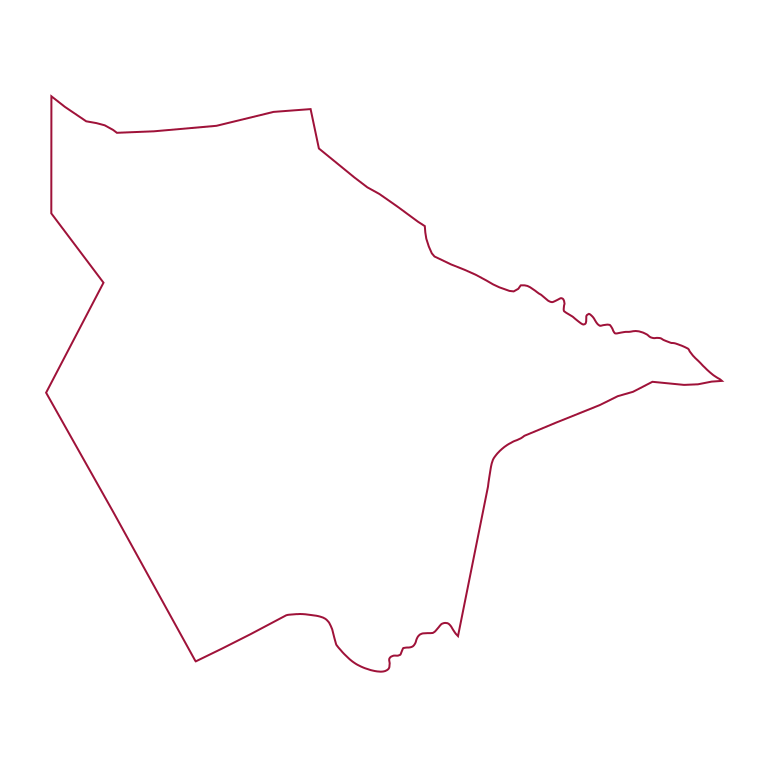 San Francisco de Coray, Valle, Honduras
{"feature_id": "27666195B95409407730953", "entity_name": "San Francisco de Coray", "entity_type": "district", "adm_level": 2, "iso_a3": "HND", "parent_name": "Honduras", "parent_adm1": "Valle", "projection": "natural_earth1", "projection_center": [-87.504, 13.668], "detail": "fine", "context": "isolated", "style": "outline", "palette": "rose", "viewbox_px": 768, "rotation_deg": 0, "n_neighbors": 0, "source": "geoboundaries", "source_scale": "gbopen_adm2", "svg_char_len": 6094}
<svg xmlns="http://www.w3.org/2000/svg" viewBox="0 0 768 768"><path d="M51.4,96.3L51.3,213.4L103.5,282.7L46.1,392.7L113.7,512.8L195.5,661.2L195.1,661.7L222.0,648.6L250.5,634.2L286.2,615.3L287.7,614.9L288.4,614.8L289.3,614.7L293.1,614.4L296.8,614.1L298.2,614.1L299.9,614.0L302.8,614.1L304.1,614.2L305.4,614.3L310.9,615.0L314.5,615.5L316.1,615.7L318.1,616.1L320.1,616.6L321.6,617.1L323.1,617.6L324.0,618.1L324.8,618.5L325.3,618.8L326.1,619.4L326.9,620.1L327.8,621.1L328.7,622.1L329.3,623.0L329.8,624.0L330.8,626.0L331.6,627.9L331.9,628.6L332.2,629.3L332.7,631.3L334.1,636.9L334.6,638.8L335.3,641.3L336.1,644.2L336.5,645.0L336.7,645.4L337.1,645.8L338.4,647.5L339.1,648.3L340.7,650.1L342.3,652.0L343.9,653.7L344.7,654.5L347.6,657.3L349.6,659.2L350.7,660.1L352.3,661.4L354.0,662.6L355.8,663.8L357.5,664.8L359.3,665.7L361.1,666.6L363.4,667.6L365.2,668.3L367.7,669.1L370.7,670.1L372.9,670.6L374.7,671.0L377.1,671.4L379.5,671.6L380.9,671.7L382.1,671.6L383.2,671.5L384.0,671.3L384.6,671.2L385.5,670.9L386.2,670.5L386.7,670.3L387.3,669.9L388.1,669.3L388.4,669.0L388.6,668.7L388.9,668.3L389.0,668.0L389.2,667.6L389.3,667.3L389.4,666.8L389.5,665.4L389.6,664.2L389.7,663.4L389.6,662.6L389.5,662.1L389.4,661.6L389.3,660.9L389.2,660.5L389.2,660.2L389.2,659.6L389.2,659.3L389.3,658.8L389.5,658.5L389.6,658.2L390.0,657.6L390.5,657.1L391.0,656.7L391.9,656.3L392.3,656.1L392.9,655.9L393.4,655.7L394.1,655.6L394.8,655.6L395.5,655.6L396.6,655.7L397.4,655.7L398.1,655.6L398.7,655.4L399.4,655.1L400.0,654.9L400.2,654.7L400.4,654.6L400.7,654.1L400.9,653.6L401.7,651.5L402.4,649.8L403.0,648.4L403.3,648.1L403.5,648.0L404.3,647.9L405.3,647.7L406.4,647.6L407.1,647.5L409.0,647.5L409.7,647.4L410.4,647.3L411.4,647.0L411.9,646.8L412.3,646.6L413.0,646.2L413.5,645.7L414.0,645.2L414.4,644.6L415.0,643.7L415.3,643.1L415.6,642.4L415.8,641.9L416.3,640.0L416.6,639.2L417.0,638.3L417.5,637.3L418.0,636.5L418.4,636.0L418.9,635.5L419.6,634.8L420.0,634.5L420.4,634.3L421.1,634.0L421.5,633.8L422.1,633.6L422.9,633.4L424.5,633.3L428.1,633.1L429.4,633.1L431.1,633.1L432.0,633.0L432.5,633.0L433.0,632.8L433.3,632.7L433.7,632.4L434.2,632.1L434.6,631.8L435.1,631.4L436.0,630.4L437.7,628.4L438.8,627.1L439.8,625.8L440.8,624.7L441.2,624.3L441.4,624.1L441.9,623.8L442.4,623.6L443.2,623.3L444.2,623.0L444.6,623.0L445.2,622.9L445.9,623.0L446.8,623.1L447.5,623.2L447.8,623.4L448.3,623.6L448.9,624.0L449.3,624.4L450.0,625.1L450.5,625.7L450.9,626.2L451.2,626.6L452.9,629.5L454.8,632.4L455.3,633.1L455.9,633.9L456.6,634.6L458.0,636.1L488.0,486.6L488.4,483.2L489.2,477.8L490.7,468.4L491.1,466.2L491.4,464.9L491.7,463.5L492.0,462.6L492.6,460.8L492.8,460.1L493.1,459.5L493.7,458.3L494.8,456.7L496.1,455.0L497.5,453.3L498.5,452.3L499.8,450.9L500.7,450.1L501.9,449.0L503.6,447.6L504.3,447.0L505.6,446.1L507.3,444.9L509.3,443.7L510.7,443.0L512.8,441.8L513.8,441.3L514.8,440.9L517.0,440.1L518.1,439.6L519.1,439.1L520.7,438.4L521.5,437.9L522.7,437.1L524.4,435.8L556.1,422.6L599.7,405.1L617.7,396.2L633.0,391.8L652.4,381.8L684.1,384.9L698.0,384.3L711.7,381.6L721.9,380.9L720.4,379.6L719.7,379.1L719.2,378.8L717.9,378.1L716.9,377.5L714.6,376.0L713.3,375.1L712.3,374.3L710.0,372.4L707.0,369.7L704.8,367.5L702.9,365.7L700.5,363.1L698.4,361.0L695.3,358.1L693.9,356.6L693.0,355.7L692.0,354.4L690.0,351.8L689.6,351.2L689.0,349.9L688.7,349.4L688.2,348.9L687.9,348.6L687.3,348.3L684.9,347.1L683.8,346.6L681.5,345.6L680.3,345.2L678.2,344.4L675.6,343.5L674.4,343.2L673.7,343.1L672.8,343.0L672.0,343.0L671.6,343.0L671.2,342.9L670.5,342.7L666.3,341.1L663.6,340.0L662.9,339.6L661.7,338.8L661.3,338.6L660.8,338.3L660.3,338.2L659.9,338.1L659.2,338.0L657.5,337.9L656.6,337.9L655.0,338.1L654.2,338.1L653.7,338.1L652.5,337.9L651.5,337.6L650.6,337.3L649.8,336.8L649.2,336.4L648.0,335.3L647.3,334.7L646.4,334.2L644.8,333.4L643.1,332.6L641.8,332.2L640.4,331.8L639.5,331.5L638.5,331.3L637.5,331.2L636.5,331.1L635.8,331.0L634.6,331.1L633.2,331.2L631.1,331.6L629.7,331.8L627.9,331.9L625.5,331.9L623.9,332.1L621.0,332.6L618.0,333.2L617.1,333.4L615.9,333.5L615.5,333.4L615.1,333.3L614.8,333.2L614.7,333.0L614.4,332.7L613.9,332.0L613.6,331.4L613.2,330.8L613.0,330.2L612.4,328.7L611.7,327.5L611.2,326.7L610.8,326.1L610.3,325.5L610.0,325.1L609.6,324.9L609.0,324.8L608.4,324.7L607.7,324.6L606.5,324.7L603.6,325.1L602.6,325.3L601.2,325.7L600.7,325.7L600.3,325.8L600.1,325.7L599.7,325.7L599.4,325.5L598.7,325.0L598.2,324.6L597.8,324.3L597.3,323.7L596.5,322.7L596.1,322.1L595.5,321.1L595.0,320.3L594.4,319.2L594.1,318.7L593.5,317.8L592.7,316.8L591.7,315.8L590.7,314.9L590.2,314.5L589.9,314.3L589.6,314.1L589.3,314.0L589.0,313.9L588.9,314.0L588.5,314.1L587.9,314.4L587.5,314.7L587.0,315.0L586.9,315.2L586.6,315.6L586.4,316.0L586.3,316.4L586.3,316.7L586.2,321.0L586.2,321.4L586.0,322.0L585.9,322.7L585.8,323.0L585.6,323.3L585.5,323.5L585.1,323.9L584.7,324.2L584.2,324.3L583.9,324.4L583.4,324.5L583.1,324.4L582.6,324.3L582.2,324.1L580.9,323.3L578.5,321.5L576.5,319.9L574.8,318.5L573.1,317.0L572.4,316.5L570.1,315.1L566.1,312.7L564.9,311.8L564.3,311.4L564.1,311.2L563.9,310.8L563.8,310.3L563.7,309.9L563.7,309.0L563.8,307.9L564.0,306.0L564.1,305.4L564.3,304.6L564.5,304.0L564.5,303.4L564.3,302.4L564.2,301.6L564.1,301.1L563.8,300.3L563.5,299.7L563.3,299.3L563.0,299.0L562.7,298.7L562.3,298.5L561.8,298.3L561.4,298.2L560.8,298.2L560.3,298.4L560.0,298.5L557.8,299.7L555.0,301.1L553.9,301.6L552.9,302.0L552.3,302.1L551.8,302.1L551.2,302.0L550.4,301.8L549.7,301.5L549.1,301.2L548.7,301.0L548.0,300.6L547.3,300.0L541.6,295.2L541.0,294.7L540.6,294.5L539.4,293.8L538.7,293.4L537.8,292.7L536.4,291.7L535.6,291.0L530.2,287.3L529.4,286.9L528.8,286.6L528.2,286.3L527.5,286.0L526.9,285.8L526.2,285.7L524.9,285.4L523.9,285.3L522.8,285.3L521.8,285.3L520.7,285.4L518.3,288.8L513.7,291.4L509.4,290.9L504.4,289.1L499.3,287.3L493.1,284.4L486.4,280.5L475.6,274.7L464.6,269.8L451.0,264.4L434.5,256.5L431.8,253.3L428.8,246.5L426.3,238.7L425.3,232.4L424.8,226.1L418.1,221.8L397.3,206.5L379.4,194.0L367.3,187.3L354.2,177.3L318.9,148.5L310.6,109.1L273.5,111.9L216.5,125.8L154.0,131.3L116.9,132.8L113.2,130.0L104.7,125.3L96.4,123.1L86.2,121.3L64.8,106.8L51.4,96.3Z" fill="none" stroke="#9f1239" stroke-width="2"/></svg>